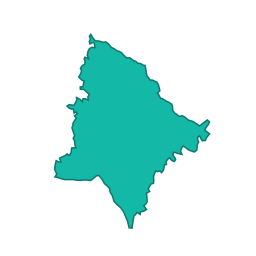 Imbaú, Paraná, Brazil, rotated 169°
{"feature_id": "56859067B48998541842833", "entity_name": "Imbaú", "entity_type": "district", "adm_level": 2, "iso_a3": "BRA", "parent_name": "Brazil", "parent_adm1": "Paraná", "projection": "equal_earth", "projection_center": [-50.743, -24.439], "detail": "fine", "context": "isolated", "style": "filled", "palette": "teal", "viewbox_px": 256, "rotation_deg": 169, "n_neighbors": 0, "source": "geoboundaries", "source_scale": "gbopen_adm2", "svg_char_len": 2752}
<svg xmlns="http://www.w3.org/2000/svg" viewBox="0 0 256 256"><g transform="rotate(169 128 128)"><path d="M209.1,93.9L206.9,93.1L203.0,90.8L199.8,89.4L191.7,87.8L188.4,86.6L185.3,85.8L180.6,85.3L178.7,84.9L174.9,83.6L172.6,84.6L168.1,87.1L165.6,86.9L163.2,82.3L161.7,77.8L159.5,75.2L157.6,72.1L157.8,69.6L157.5,67.4L156.3,64.8L156.0,61.7L155.7,58.8L153.8,55.5L150.5,51.2L148.9,48.1L148.2,46.0L146.2,36.4L146.1,32.9L145.9,29.7L143.1,29.0L142.3,31.6L141.2,34.6L140.3,37.0L139.1,40.3L136.9,41.8L135.3,43.4L132.5,40.9L132.0,43.3L128.2,43.4L125.3,44.5L126.4,46.7L127.3,48.8L125.0,50.0L123.3,51.8L122.7,55.8L122.3,60.5L118.8,61.6L119.8,64.2L117.8,67.0L115.9,68.6L113.5,68.9L112.7,71.6L112.2,75.4L111.0,77.7L109.0,80.5L107.4,79.6L104.7,79.6L103.6,77.8L101.8,79.2L100.5,81.4L99.3,84.8L97.2,84.8L97.0,87.8L94.6,90.0L92.6,90.8L91.4,87.9L88.9,86.2L87.3,87.8L87.7,90.0L89.1,92.4L88.1,95.5L86.3,95.0L84.3,93.8L82.2,92.7L80.0,91.8L80.9,95.3L78.7,98.7L77.0,99.7L72.1,94.4L69.7,93.1L67.6,91.8L64.7,93.1L63.0,98.8L61.3,100.7L61.9,103.4L61.2,105.8L59.2,106.6L58.5,103.8L57.5,101.3L54.4,101.0L52.7,103.6L49.0,106.7L51.4,109.4L53.0,111.5L51.1,113.7L48.0,116.6L46.9,118.3L48.5,120.7L51.8,119.2L57.4,116.4L60.2,119.4L63.1,122.1L67.2,124.2L68.8,126.2L70.5,128.2L72.6,129.8L74.6,129.5L76.3,130.2L77.6,132.2L79.4,133.8L80.8,137.0L80.2,140.8L80.6,143.1L83.0,145.4L85.8,147.5L87.3,148.9L88.6,150.3L90.4,151.0L91.1,153.4L92.3,157.0L89.6,158.4L89.7,162.1L90.0,164.8L91.0,167.6L92.5,168.6L94.5,170.2L97.0,170.8L99.5,175.7L99.3,186.1L101.2,186.8L103.2,188.8L106.0,189.7L107.6,191.9L110.1,193.2L111.6,195.4L113.1,196.7L116.0,197.0L118.6,200.6L119.9,203.1L122.4,205.1L124.3,206.0L126.4,208.4L129.0,210.3L131.4,214.7L133.5,216.8L135.9,216.8L140.1,219.0L142.3,219.5L144.1,220.6L145.4,223.5L146.6,227.0L148.4,225.4L147.9,222.6L149.5,220.2L149.2,217.7L147.5,218.4L145.3,218.7L144.8,216.3L145.2,213.2L148.5,214.1L150.8,213.2L152.9,210.4L154.1,207.1L153.4,203.5L156.7,205.7L157.9,204.2L157.3,201.8L158.5,198.6L160.9,198.1L163.3,195.6L162.7,193.3L163.9,190.5L166.7,187.5L164.0,183.6L162.2,182.6L163.3,179.8L164.3,177.0L167.0,177.5L167.4,175.2L163.8,174.1L162.3,172.0L159.5,168.4L161.4,166.3L161.8,162.9L164.4,164.9L166.7,165.2L167.7,162.5L169.5,165.2L171.2,166.5L172.7,167.7L173.0,165.2L174.5,163.1L176.8,160.6L181.2,162.1L183.7,161.2L181.5,158.2L178.0,156.8L178.1,152.8L175.9,153.7L175.0,151.8L178.2,150.2L177.0,147.6L179.4,145.1L181.1,143.2L181.6,140.9L183.0,138.9L181.9,130.4L183.8,128.3L182.9,125.6L183.3,121.3L183.0,118.4L185.0,119.0L187.2,119.1L187.8,117.0L188.6,114.6L190.8,112.3L192.8,114.2L194.7,113.0L198.6,112.1L200.9,111.5L200.4,107.5L202.2,107.7L204.7,109.7L206.5,105.7L207.9,101.6L207.4,99.0L206.6,96.4L209.1,93.9Z" fill="#14b8a6" stroke="#0f766e" stroke-width="1.5"/></g></svg>